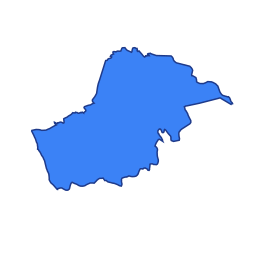 the district of Abu Hummus, Al Buhayrah, Egypt, rotated 21°
{"feature_id": "37247803B15817250169024", "entity_name": "Abu Hummus", "entity_type": "district", "adm_level": 2, "iso_a3": "EGY", "parent_name": "Egypt", "parent_adm1": "Al Buhayrah", "projection": "robinson", "projection_center": [30.325, 31.106], "detail": "fine", "context": "isolated", "style": "filled", "palette": "blue", "viewbox_px": 256, "rotation_deg": 21, "n_neighbors": 0, "source": "geoboundaries", "source_scale": "gbopen_adm2", "svg_char_len": 5760}
<svg xmlns="http://www.w3.org/2000/svg" viewBox="0 0 256 256"><g transform="rotate(21 128 128)"><path d="M84.3,210.6L84.1,209.8L85.0,209.2L86.2,208.3L87.6,207.7L89.3,208.0L90.8,208.2L92.3,208.3L93.7,207.8L94.3,207.4L94.4,207.1L95.0,206.2L95.1,205.8L95.1,205.6L94.7,202.7L94.6,200.1L95.2,199.1L95.3,198.7L95.9,198.8L96.6,198.8L97.3,198.9L97.7,199.0L98.5,198.9L100.6,198.9L102.4,199.3L104.3,199.3L106.2,198.7L107.3,198.1L107.5,198.0L108.7,197.0L109.6,195.7L111.5,193.8L112.4,192.9L114.7,192.0L116.2,191.6L117.4,188.8L117.8,187.7L118.2,187.1L118.6,186.3L119.3,185.5L119.7,185.1L121.5,184.4L122.7,183.7L125.2,185.4L125.9,185.0L126.4,184.8L127.8,185.3L128.5,185.5L130.3,185.3L131.6,185.1L133.1,185.0L135.1,184.6L137.5,184.6L138.6,184.6L140.6,184.9L141.6,184.8L142.6,184.6L142.6,184.0L142.6,183.1L142.3,182.2L141.6,181.2L141.1,180.4L140.8,179.4L140.4,178.9L140.4,178.6L140.3,177.9L140.4,177.0L141.0,176.4L141.5,176.0L142.3,175.3L143.1,174.8L144.2,174.1L144.4,174.2L145.3,173.3L145.5,172.8L145.8,172.7L146.1,172.4L148.2,172.2L149.6,171.8L151.0,171.2L152.6,170.2L152.9,169.8L153.2,169.2L153.5,168.8L153.6,168.4L153.6,167.9L153.9,167.5L153.8,167.1L153.9,166.7L153.8,165.6L153.8,164.3L153.9,163.4L153.9,163.0L154.0,161.9L154.4,161.5L155.9,161.0L156.3,161.0L156.6,161.0L156.8,160.3L157.5,159.6L157.9,159.5L158.3,159.2L159.2,159.3L160.2,159.3L160.6,159.5L161.8,160.3L162.9,160.0L163.0,159.0L162.7,158.6L162.5,157.5L162.1,155.9L162.0,155.6L162.0,155.4L161.8,154.8L161.5,154.0L161.6,153.7L163.3,152.8L163.7,152.7L164.8,152.9L166.0,152.5L166.7,152.3L167.6,152.1L168.3,151.2L168.4,150.6L168.4,149.3L168.3,149.1L168.2,148.1L167.7,146.9L166.1,144.7L165.5,143.8L164.8,142.4L164.5,141.6L164.0,140.6L163.6,139.2L163.4,137.9L162.9,137.0L162.0,136.1L161.2,135.7L160.9,135.5L160.3,135.4L159.7,135.2L159.6,133.1L159.8,131.1L160.2,129.3L160.5,127.9L161.4,127.2L165.2,128.0L164.9,127.7L164.6,127.0L164.2,126.5L163.5,126.0L163.0,125.4L162.0,124.7L161.2,124.2L160.3,123.8L159.7,123.3L159.0,122.7L158.7,122.3L158.4,122.4L158.0,122.0L157.4,121.3L156.9,119.8L157.0,119.4L157.3,118.5L157.6,117.7L158.5,117.6L158.8,117.4L159.2,117.7L159.4,117.9L159.6,118.0L160.2,118.6L160.4,118.8L161.4,119.9L161.7,120.0L162.6,119.6L163.0,118.7L162.8,118.0L162.6,116.5L162.7,116.2L163.3,116.2L164.2,116.6L164.8,117.0L166.0,117.8L167.0,118.4L167.6,118.8L169.8,119.9L170.3,120.1L170.6,120.3L171.1,120.9L171.5,121.5L171.8,122.4L172.2,123.3L172.5,123.8L172.9,124.2L175.3,124.2L180.2,121.1L180.0,119.7L179.6,119.0L178.5,117.3L177.4,114.9L177.3,114.4L177.1,113.6L177.6,112.2L177.7,111.3L178.7,109.5L184.2,102.0L184.5,101.0L184.6,100.6L184.6,100.1L184.2,99.2L183.9,98.5L182.4,97.2L180.2,95.2L178.9,93.8L178.5,93.2L177.6,92.5L176.4,91.5L176.2,91.3L175.7,91.1L175.5,90.9L175.2,90.8L174.7,90.4L173.7,88.8L173.0,88.0L174.0,86.8L175.1,86.2L185.9,79.2L201.8,67.9L202.8,67.1L203.5,66.9L203.8,66.8L204.3,67.1L215.6,69.0L215.6,68.8L216.9,67.8L216.2,67.1L214.6,66.4L214.1,65.8L213.6,65.1L212.4,63.8L211.8,63.3L210.9,63.0L210.6,62.8L210.0,63.2L208.1,63.3L207.8,63.4L204.7,63.6L203.3,63.1L203.1,63.0L201.5,61.9L200.8,61.3L200.1,60.5L199.1,59.3L198.4,58.6L197.8,57.7L197.6,57.6L197.3,57.2L196.6,56.5L195.7,56.2L194.1,55.4L192.8,55.2L192.5,55.2L191.3,55.0L189.4,55.0L185.8,56.1L184.2,58.0L183.7,58.4L182.5,59.5L179.2,60.7L177.8,60.7L176.7,60.6L176.4,60.5L175.5,60.3L174.6,58.3L173.3,56.6L170.6,56.2L170.1,56.1L169.6,56.1L168.8,56.3L168.3,55.4L167.7,51.0L166.7,49.9L165.4,49.0L165.1,48.9L163.5,48.2L150.0,49.8L149.2,49.7L148.1,49.3L147.6,49.2L146.5,48.5L146.0,48.1L145.1,46.8L144.0,46.0L143.7,45.8L142.4,45.3L128.5,50.2L124.0,50.4L122.5,50.4L121.8,50.4L121.7,50.5L120.2,51.3L119.8,51.8L119.9,52.1L120.8,51.3L120.6,52.0L121.8,52.9L119.9,53.5L119.8,54.0L118.6,54.3L118.7,55.0L117.9,55.8L116.0,55.1L115.0,54.4L110.6,52.1L109.9,53.0L108.8,52.6L108.7,51.6L107.9,50.5L107.0,50.9L106.4,50.6L105.5,50.6L104.0,51.4L103.8,52.1L103.9,53.1L104.1,54.4L104.3,55.5L104.0,56.1L102.9,56.0L102.1,55.9L101.6,55.9L99.6,55.8L98.4,55.4L96.3,54.1L94.3,55.0L93.9,55.3L93.7,55.9L93.7,58.7L92.3,59.5L91.3,59.7L90.4,60.1L89.5,61.2L87.4,61.7L86.7,62.5L87.1,63.3L87.5,63.8L88.0,64.1L86.9,65.3L86.2,65.9L85.9,67.4L87.3,67.5L87.3,68.3L86.6,69.2L85.3,70.0L84.6,70.8L84.3,72.3L83.0,73.0L83.0,73.5L84.3,94.0L84.3,95.7L84.4,97.5L84.9,100.8L86.3,107.0L85.8,110.6L84.7,114.3L84.9,115.2L85.4,115.9L86.0,116.3L86.6,116.7L87.4,117.0L86.5,117.7L85.8,118.4L84.8,119.8L82.7,121.1L79.7,123.7L79.6,124.6L80.5,125.5L81.6,125.8L82.1,126.4L82.5,127.1L82.3,127.7L81.7,128.6L81.2,129.5L81.3,129.9L81.0,129.8L80.3,129.9L79.5,129.6L78.8,130.6L78.3,130.4L77.6,131.2L77.1,131.4L77.0,131.8L76.2,132.1L74.7,131.8L74.1,132.1L73.3,132.1L73.2,132.9L71.7,133.3L71.3,133.7L70.9,133.6L70.3,135.3L69.6,136.4L68.3,137.9L67.5,139.2L67.0,140.0L66.6,140.3L66.3,140.6L64.8,142.2L64.7,142.5L65.3,143.7L65.8,144.5L66.0,144.9L66.3,145.7L66.3,146.2L65.9,146.6L65.6,146.7L65.0,146.5L63.3,146.5L62.3,147.0L62.0,147.4L60.9,148.2L60.6,148.3L60.7,148.6L60.7,149.0L59.5,149.3L58.3,149.1L57.3,149.0L57.6,149.6L59.3,150.8L59.9,150.9L59.0,151.8L56.4,154.9L56.1,155.2L55.9,155.6L55.3,156.3L54.7,157.0L54.1,157.4L52.7,158.9L52.0,159.5L48.8,160.9L48.0,161.2L46.8,161.2L45.5,161.4L44.6,161.7L43.4,162.1L42.6,162.4L39.1,164.7L39.2,165.4L41.7,167.7L42.8,168.7L44.1,170.1L45.3,171.1L47.0,173.2L47.6,174.0L49.0,175.2L49.5,176.2L50.0,177.3L50.6,178.0L50.8,178.9L51.0,179.3L51.1,179.6L51.1,180.1L51.3,180.2L51.6,180.1L52.0,180.2L52.3,180.5L52.8,181.0L53.2,181.3L53.6,181.4L53.8,181.5L54.9,182.4L55.8,183.1L56.3,183.7L57.3,184.6L59.3,185.9L60.3,187.1L60.5,187.2L61.5,188.1L62.3,189.1L63.3,190.6L64.2,191.9L66.5,195.2L67.4,196.0L68.1,197.0L69.6,198.3L70.6,199.4L71.6,201.3L72.5,203.2L72.8,204.2L73.4,205.0L75.6,206.8L77.2,207.4L78.6,207.9L83.9,210.7L84.3,210.6Z" fill="#3b82f6" stroke="#1e3a8a" stroke-width="1.5"/></g></svg>